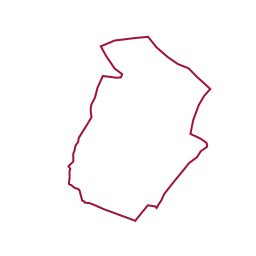 Al Lagowa, South Kordufan, Sudan, rotated 131°
{"feature_id": "16777658B4481857181861", "entity_name": "Al Lagowa", "entity_type": "district", "adm_level": 2, "iso_a3": "SDN", "parent_name": "Sudan", "parent_adm1": "South Kordufan", "projection": "mercator", "projection_center": [29.243, 11.301], "detail": "fine", "context": "isolated", "style": "outline", "palette": "rose", "viewbox_px": 256, "rotation_deg": 131, "n_neighbors": 0, "source": "geoboundaries", "source_scale": "gbopen_adm2", "svg_char_len": 1692}
<svg xmlns="http://www.w3.org/2000/svg" viewBox="0 0 256 256"><g transform="rotate(131 128 128)"><path d="M206.7,98.1L206.6,97.9L206.4,97.0L206.2,96.6L206.0,95.9L205.6,94.5L205.6,94.4L205.4,93.7L205.3,93.4L205.1,93.0L204.2,90.5L202.2,85.4L200.7,81.4L198.6,75.8L198.5,75.4L196.5,70.4L195.7,68.1L194.5,65.0L194.2,64.0L193.3,61.8L193.2,61.5L192.8,61.6L192.7,61.6L191.6,61.8L190.7,61.8L186.5,61.9L184.8,62.0L177.4,62.2L174.8,62.3L173.4,62.4L173.3,62.2L169.5,56.2L169.4,56.0L169.6,54.2L169.6,53.9L169.3,53.9L168.6,54.0L168.4,54.0L168.4,54.4L160.5,55.4L153.9,57.4L145.3,57.8L137.0,58.2L126.7,58.4L114.4,58.9L104.7,56.8L97.8,57.8L90.1,56.0L87.7,58.8L88.5,66.6L91.5,77.0L79.2,84.0L64.1,89.7L53.7,91.6L44.6,91.5L44.1,110.5L43.2,121.4L47.0,132.2L48.4,144.5L48.4,159.6L46.0,172.7L55.9,182.1L70.8,195.5L84.2,202.1L88.1,191.5L91.9,177.0L91.2,167.7L94.4,166.6L97.4,169.4L101.4,175.4L105.3,181.1L117.7,177.4L126.4,173.0L134.7,170.9L139.2,167.8L143.8,162.6L152.3,161.1L167.7,158.7L171.4,156.4L175.5,156.1L180.1,153.6L183.7,152.2L187.3,148.9L189.3,147.3L195.9,147.8L196.2,147.5L196.4,146.1L196.6,144.9L199.5,143.4L202.5,140.6L203.7,139.5L208.5,136.4L209.1,135.4L208.3,133.2L208.3,130.4L208.3,129.1L206.8,125.8L206.7,125.6L206.8,124.6L206.8,123.8L207.5,122.8L210.4,118.5L210.4,118.4L211.2,117.3L212.5,115.4L212.7,115.0L212.8,114.9L212.4,113.9L212.3,113.6L212.2,113.2L212.5,112.2L212.7,111.8L212.6,111.7L212.6,111.9L212.5,112.1L212.4,111.8L212.3,111.7L212.2,111.5L212.1,111.2L212.0,110.9L211.8,110.5L211.5,109.9L210.3,108.2L210.2,108.2L209.9,107.6L208.5,103.7L208.4,103.4L208.1,102.6L207.9,101.9L207.7,101.3L207.2,99.6L206.8,98.3L206.8,98.2L206.7,98.1Z" fill="none" stroke="#9f1239" stroke-width="2"/></g></svg>